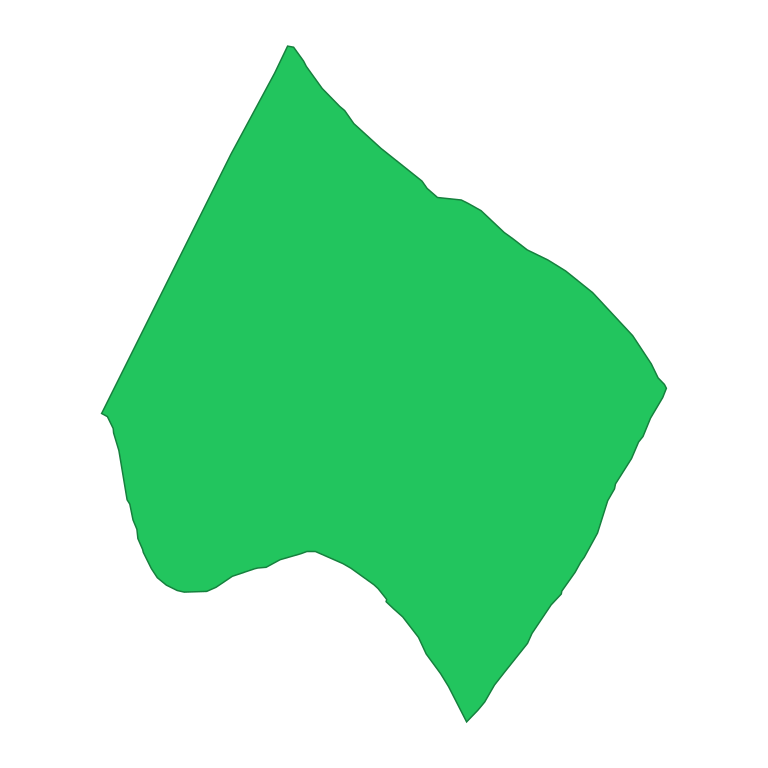 Santa Ana Huista, Huehuetenango, Guatemala (Natural Earth projection)
{"feature_id": "79465075B69747530390651", "entity_name": "Santa Ana Huista", "entity_type": "district", "adm_level": 2, "iso_a3": "GTM", "parent_name": "Guatemala", "parent_adm1": "Huehuetenango", "projection": "natural_earth1", "projection_center": [-91.844, 15.746], "detail": "fine", "context": "isolated", "style": "filled", "palette": "green", "viewbox_px": 768, "rotation_deg": 0, "n_neighbors": 0, "source": "geoboundaries", "source_scale": "gbopen_adm2", "svg_char_len": 1217}
<svg xmlns="http://www.w3.org/2000/svg" viewBox="0 0 768 768"><path d="M287.6,46.1L274.6,73.2L230.9,154.3L101.6,413.5L107.4,416.6L113.2,428.5L113.6,433.0L118.9,450.6L127.1,499.8L129.8,504.1L133.0,519.9L136.9,529.3L137.9,538.6L142.6,549.4L143.3,552.4L151.3,568.5L157.3,577.7L166.3,585.1L177.2,590.5L184.2,592.1L206.7,591.4L216.0,587.3L232.3,576.3L254.5,568.8L257.8,568.0L266.1,567.3L280.1,559.7L300.9,553.7L306.9,551.5L315.4,551.5L342.9,563.6L350.9,568.2L374.0,584.8L378.1,588.6L386.7,599.4L386.1,601.7L393.7,608.9L402.7,616.9L418.5,637.4L426.2,654.0L440.5,673.5L448.5,686.5L464.2,717.2L466.6,721.9L477.8,710.3L484.7,702.0L494.5,685.0L505.0,671.6L527.5,643.4L532.0,633.4L551.1,604.9L561.3,594.0L561.8,591.1L575.1,572.3L580.8,562.0L584.2,557.4L597.5,533.1L607.7,500.7L614.5,488.9L615.5,483.9L631.5,458.6L638.6,442.0L643.0,436.5L650.5,418.2L662.7,397.6L666.4,388.3L664.4,384.4L658.1,377.9L651.3,363.9L632.7,335.7L592.8,292.8L565.7,271.0L548.1,260.1L527.2,249.9L513.2,239.0L504.2,232.5L481.1,210.7L468.3,203.5L461.3,200.0L437.5,197.5L427.1,188.4L422.0,181.1L381.0,148.4L353.8,123.6L344.7,110.6L339.7,106.4L322.2,88.5L306.3,66.4L303.6,61.1L293.6,47.2L287.6,46.1Z" fill="#22c55e" stroke="#15803d" stroke-width="1.5"/></svg>